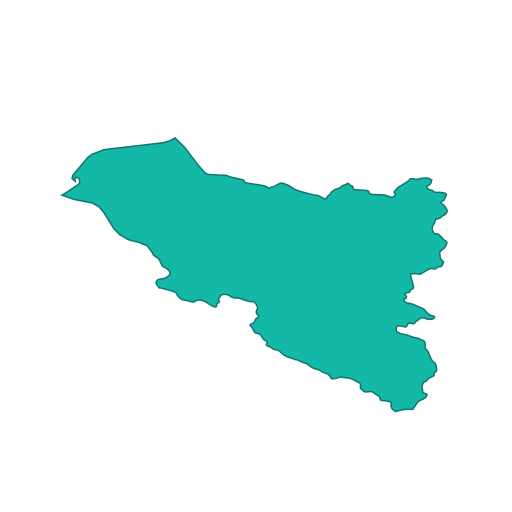 map outline of Kelantan (Equal Earth projection), rotated 284°
{"feature_id": "MYS-1144", "entity_name": "Kelantan", "entity_type": "State", "adm_level": 1, "iso_a3": "MYS", "parent_name": "Malaysia", "parent_adm1": "", "projection": "equal_earth", "projection_center": [101.974, 5.407], "detail": "fine", "context": "isolated", "style": "filled", "palette": "teal", "viewbox_px": 512, "rotation_deg": 284, "n_neighbors": 0, "source": "natural_earth", "source_scale": "10m", "svg_char_len": 6154}
<svg xmlns="http://www.w3.org/2000/svg" viewBox="0 0 512 512"><g transform="rotate(284 256 256)"><path d="M216.9,176.9L219.8,176.4L221.9,173.4L223.3,168.4L224.3,166.9L229.4,162.7L230.5,160.6L231.1,158.4L232.0,156.4L234.0,154.7L239.7,148.0L240.9,138.8L240.9,128.7L243.6,118.8L248.0,111.7L261.1,98.1L265.8,91.8L267.8,84.2L266.9,65.6L268.1,53.0L272.6,57.4L282.1,66.0L284.1,67.3L288.2,65.9L289.1,63.2L287.5,61.3L284.7,62.5L286.7,58.7L290.5,58.9L311.0,69.0L315.0,72.2L322.4,82.7L343.6,138.9L347.3,145.0L351.1,149.0L350.7,149.4L344.2,160.4L330.6,177.4L324.4,186.2L323.5,189.3L325.9,202.5L326.4,204.1L326.9,206.4L327.0,207.8L326.5,211.8L326.8,224.6L326.6,225.4L326.2,226.1L324.8,227.3L324.6,229.7L325.9,243.8L326.0,247.7L325.7,249.9L325.1,250.1L324.9,251.0L325.3,252.4L328.1,257.1L332.1,261.4L332.8,262.6L333.1,264.8L332.3,270.8L329.9,277.7L329.4,283.1L329.1,296.9L329.6,300.5L329.6,301.5L329.5,302.4L329.2,304.1L328.1,308.1L328.2,309.0L328.6,310.0L329.8,310.8L332.2,311.5L333.6,312.9L334.1,313.2L336.2,313.6L337.7,315.1L339.1,316.1L339.5,316.5L342.0,320.3L343.6,321.8L344.7,322.5L345.3,323.1L347.0,325.7L348.8,327.6L348.4,328.7L347.6,330.0L347.4,330.7L347.2,332.3L346.9,333.0L346.4,333.4L345.1,333.8L344.6,334.2L344.3,334.8L344.3,336.1L346.4,347.7L346.2,348.9L345.9,349.8L344.8,350.4L344.3,350.9L344.0,351.5L343.8,352.5L343.9,354.2L344.2,356.1L345.8,362.8L346.3,366.6L346.0,368.5L345.7,373.2L346.0,374.3L346.8,375.3L348.7,376.4L349.5,376.3L350.1,375.9L350.9,374.8L351.4,374.6L352.7,374.9L357.1,377.5L365.9,386.0L367.9,386.7L368.4,387.5L368.8,388.9L369.1,392.2L369.4,394.1L370.3,395.9L370.9,396.7L371.4,397.7L373.0,402.9L373.2,404.7L372.2,408.2L368.7,408.0L367.2,407.3L365.4,405.4L364.8,405.1L364.1,405.1L363.4,405.5L362.6,406.9L362.4,407.9L362.3,410.7L361.1,414.5L361.3,416.0L361.9,417.3L362.1,418.1L362.6,421.7L362.7,423.6L362.6,424.5L362.3,425.2L361.9,425.8L361.2,426.0L358.8,425.4L356.2,425.1L355.4,424.7L354.8,424.2L354.5,423.7L353.6,422.6L353.0,422.5L352.3,422.8L351.6,423.9L350.6,426.1L347.9,429.3L346.6,430.3L345.9,430.7L345.0,430.7L342.6,429.9L341.9,429.3L340.2,427.5L337.1,425.1L336.3,424.0L335.4,422.1L335.0,421.6L334.2,421.3L333.2,421.2L331.6,421.3L330.7,421.2L329.9,420.9L328.7,420.3L326.5,420.1L324.1,420.8L322.6,421.6L321.0,423.6L320.9,424.5L321.0,425.3L321.3,425.9L321.4,426.7L321.3,427.5L321.0,428.3L319.0,431.8L317.3,433.9L316.0,437.6L315.1,438.0L313.8,438.1L311.0,437.5L308.7,436.4L305.2,433.6L304.2,433.5L302.9,433.7L299.1,435.1L297.4,436.4L295.5,439.5L291.9,438.9L291.2,438.5L290.5,437.9L289.7,435.8L288.9,434.6L287.3,433.7L286.9,433.2L286.6,432.4L286.4,429.7L285.9,428.3L284.8,426.6L278.3,420.0L278.0,419.4L277.8,418.7L277.6,415.2L276.4,411.5L275.7,410.4L274.3,410.7L264.5,416.3L262.7,416.4L260.2,414.0L259.6,413.9L258.3,413.9L257.9,413.5L256.2,410.3L255.4,409.5L255.0,409.6L254.5,410.0L253.6,411.3L252.9,411.9L251.7,412.0L251.1,411.6L250.6,411.0L250.0,409.7L249.4,409.6L248.7,410.0L247.4,412.1L247.0,413.4L246.9,414.6L247.2,416.3L247.2,418.2L247.1,420.1L245.3,430.8L244.8,432.2L244.4,433.0L242.5,435.4L241.5,437.3L240.7,439.6L240.6,443.3L240.2,443.9L239.6,444.1L238.4,443.5L237.7,442.9L237.0,441.4L236.2,438.4L236.1,437.5L236.5,435.0L236.5,434.0L236.4,433.1L236.0,431.5L235.2,430.4L232.2,428.1L230.8,426.7L230.1,426.4L229.2,426.2L228.6,425.7L228.3,425.0L228.2,422.3L227.7,420.8L226.8,419.8L226.2,419.5L224.2,419.2L223.7,418.9L223.4,418.2L223.1,416.4L223.2,414.3L223.0,412.3L222.9,411.5L222.3,410.2L221.8,409.7L221.1,409.5L220.1,409.4L217.7,410.1L216.9,410.9L216.4,412.0L215.8,414.2L215.6,415.7L215.8,421.7L215.2,428.3L215.3,433.2L215.1,435.1L214.5,438.5L213.9,439.9L213.2,440.6L212.0,441.3L208.0,442.4L206.9,443.1L205.5,445.4L204.3,446.5L199.0,450.4L197.5,451.8L196.5,453.0L196.0,454.4L194.9,456.1L194.0,456.8L192.8,457.5L188.8,459.0L187.7,458.9L187.0,458.0L185.5,457.1L183.0,457.7L180.9,455.4L179.7,453.6L178.9,453.1L176.3,451.8L175.5,451.2L174.6,450.0L173.9,449.4L172.7,448.9L170.4,448.5L168.3,449.0L166.6,449.9L164.4,450.7L163.9,451.3L163.6,452.1L163.4,454.9L162.9,455.5L161.8,455.4L159.7,454.9L157.4,452.6L156.9,451.8L154.3,448.8L152.2,447.8L145.1,445.3L143.6,438.8L142.3,435.4L138.8,428.8L141.0,424.4L142.8,423.6L143.8,423.0L144.4,422.9L145.7,423.1L146.2,423.0L146.7,422.1L147.0,420.7L146.9,417.8L146.5,414.9L146.2,413.3L146.2,412.4L146.5,411.6L147.4,410.8L148.9,410.4L149.5,409.7L150.0,408.5L150.7,405.9L151.6,403.7L152.0,403.1L152.2,402.2L152.3,400.9L151.8,398.8L150.6,395.0L150.5,394.2L150.7,393.3L151.4,392.3L152.5,389.9L152.9,389.4L153.5,389.1L156.9,388.4L157.5,387.7L158.1,386.4L159.7,379.6L160.1,376.7L158.9,367.1L158.3,365.7L156.5,363.3L155.1,359.0L157.8,356.1L158.9,354.1L159.3,349.2L160.6,345.5L160.9,341.8L160.9,339.9L161.2,338.1L161.6,336.7L163.6,331.7L164.0,329.9L164.1,326.6L165.0,323.0L165.2,321.0L165.0,319.1L165.0,318.0L165.4,316.6L165.6,314.3L165.6,312.4L166.1,308.7L166.8,306.7L169.3,301.8L169.7,300.7L169.9,299.8L169.8,296.0L170.0,295.0L171.1,292.2L171.3,290.9L171.5,288.8L171.7,288.0L172.3,287.5L173.5,287.5L174.3,287.8L175.1,287.7L175.7,287.2L176.2,285.9L176.8,284.0L177.4,283.0L180.2,280.0L181.0,278.6L181.3,277.4L181.1,274.6L181.6,273.4L182.6,272.2L184.9,270.2L185.9,269.1L186.8,267.5L187.3,267.0L187.9,267.0L188.9,267.8L190.3,269.8L190.9,270.2L194.3,270.8L195.4,271.4L197.3,273.2L197.8,273.3L198.5,273.0L199.6,271.3L200.4,270.4L201.9,269.8L203.6,269.7L205.7,270.2L206.3,270.0L207.0,269.7L207.7,269.1L209.8,267.2L210.4,266.4L210.9,265.0L211.0,264.0L210.2,260.5L210.6,253.6L211.0,251.2L211.0,250.0L210.9,248.6L210.2,245.8L210.1,244.0L210.3,241.8L211.3,239.1L211.5,237.1L211.3,235.7L210.9,234.0L210.0,232.0L209.4,231.4L207.4,230.9L205.9,230.0L204.8,230.3L203.2,231.4L202.6,231.5L202.0,231.3L200.5,229.9L200.0,229.7L197.9,229.8L197.3,229.7L196.8,229.3L196.6,228.3L196.7,226.9L197.8,222.5L199.1,219.3L199.7,216.9L199.8,215.6L199.8,214.1L199.4,211.3L199.0,209.9L198.6,209.0L197.2,207.8L196.3,206.7L196.0,205.6L195.9,203.9L196.1,200.8L196.0,198.1L195.7,195.9L195.9,194.7L196.3,193.3L197.4,191.2L198.7,189.4L200.7,187.7L201.0,187.2L201.7,183.7L202.0,171.4L201.6,169.9L204.6,166.2L206.8,165.3L209.1,166.3L210.5,168.7L211.6,171.6L213.2,174.1L216.9,176.9Z" fill="#14b8a6" stroke="#0f766e" stroke-width="1.5"/></g></svg>